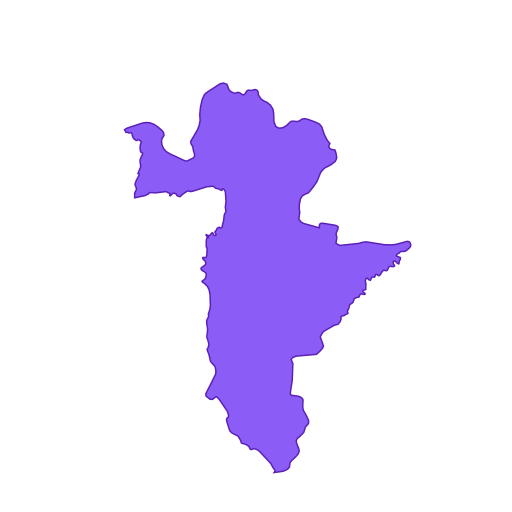 the border of Arbil, rotated 319°
{"feature_id": "IRQ-3050", "entity_name": "Arbil", "entity_type": "Province", "adm_level": 1, "iso_a3": "IRQ", "parent_name": "Iraq", "parent_adm1": "", "projection": "orthographic", "projection_center": [44.221, 36.37], "detail": "fine", "context": "isolated", "style": "filled", "palette": "violet", "viewbox_px": 512, "rotation_deg": 319, "n_neighbors": 0, "source": "natural_earth", "source_scale": "10m", "svg_char_len": 6119}
<svg xmlns="http://www.w3.org/2000/svg" viewBox="0 0 512 512"><g transform="rotate(319 256 256)"><path d="M239.7,74.4L242.6,74.9L257.4,81.1L260.8,83.3L263.3,85.9L265.2,89.2L266.5,93.7L267.2,97.9L267.4,100.3L267.2,102.2L265.9,104.4L264.4,105.1L262.7,105.5L260.7,106.6L258.1,110.0L256.8,113.9L256.7,118.0L257.9,122.0L264.1,136.0L265.1,138.0L266.4,139.1L272.8,140.8L274.7,140.6L276.2,139.2L277.6,136.0L280.0,131.9L280.6,128.8L281.8,126.7L294.8,122.3L298.9,120.1L302.7,117.1L306.4,112.3L311.9,107.1L317.9,102.7L322.8,100.4L325.6,100.2L341.7,102.4L344.8,104.0L346.7,107.3L344.7,112.8L344.7,114.7L345.9,118.1L346.9,119.4L349.1,120.3L350.2,121.1L350.8,122.3L351.6,125.3L352.3,126.2L353.8,126.5L356.8,125.5L358.3,125.5L359.4,126.1L361.1,128.0L364.5,129.7L365.5,131.4L365.3,133.5L363.6,135.7L362.8,140.8L363.7,144.2L365.1,147.3L365.9,151.7L365.1,156.3L363.0,159.8L357.6,166.5L355.9,171.3L357.2,174.6L360.2,176.7L364.3,177.6L369.1,177.3L371.3,177.6L373.2,179.3L374.7,181.0L376.3,182.1L378.1,182.7L380.1,182.7L382.7,184.1L385.0,187.2L388.8,194.1L390.5,198.3L390.3,201.9L387.3,208.9L385.7,215.5L385.6,219.5L382.6,221.1L382.3,224.2L384.5,227.1L385.1,227.6L384.5,229.4L383.6,231.3L381.6,234.5L379.9,235.8L377.6,236.6L372.3,236.3L365.7,234.7L362.5,234.8L359.1,235.6L351.1,239.7L344.3,241.5L337.2,242.7L332.8,241.4L330.2,241.0L327.0,242.1L322.3,245.7L319.3,249.2L317.6,251.8L312.5,256.3L312.4,260.4L313.3,262.7L322.3,276.3L323.8,274.6L324.8,273.8L326.4,273.9L328.0,275.2L335.8,284.6L336.7,286.1L337.2,287.7L335.7,289.3L332.1,291.0L330.9,291.9L329.3,294.8L328.1,296.0L324.7,298.8L325.4,301.2L326.2,303.0L341.9,314.0L345.5,315.6L347.3,316.8L348.8,318.0L360.3,331.7L365.3,336.3L369.2,339.0L379.8,344.2L380.8,345.5L381.0,346.0L381.0,347.0L380.1,349.1L379.1,350.0L378.0,350.4L376.4,350.6L372.8,350.5L371.3,350.1L368.2,347.6L367.5,347.5L365.8,347.7L363.8,347.2L362.5,347.5L362.1,347.7L362.0,348.2L363.9,351.8L363.0,353.1L360.6,353.9L359.1,355.4L358.6,355.6L358.3,355.3L357.9,354.3L357.7,351.4L357.5,350.9L356.4,350.3L355.9,350.3L354.8,351.6L354.6,352.2L354.3,354.1L353.8,354.5L353.1,354.4L351.8,353.4L350.6,351.8L349.9,351.5L348.9,351.5L345.8,352.9L345.0,352.8L344.1,352.0L343.3,350.7L342.5,350.5L341.3,350.5L337.6,351.6L335.9,351.6L335.3,350.8L335.2,349.4L334.5,348.6L333.8,348.6L332.1,349.6L331.5,349.7L330.5,348.5L329.3,348.1L326.4,349.4L325.5,347.8L325.5,345.9L325.0,345.2L324.5,345.1L322.1,346.5L320.5,349.5L319.2,350.6L316.9,353.3L316.3,353.2L314.6,352.1L314.0,352.3L313.4,352.7L313.3,353.3L313.7,355.3L313.5,356.2L312.9,356.3L312.3,355.9L310.6,353.7L309.5,353.3L308.6,353.6L307.2,354.4L306.5,354.5L305.6,353.7L302.2,352.6L298.9,354.6L297.5,354.6L295.5,354.3L294.4,354.4L292.0,356.2L289.1,357.5L288.6,357.9L287.8,359.6L287.3,359.6L286.1,359.2L283.6,358.8L280.8,357.5L280.2,357.6L279.4,358.8L278.5,359.6L276.3,360.8L273.5,361.3L272.6,361.1L269.6,359.6L257.6,357.3L255.0,357.8L251.4,359.2L249.1,365.3L247.8,368.2L246.3,369.1L243.0,369.7L237.1,369.9L220.7,358.0L217.1,356.7L214.7,357.1L213.2,361.4L201.8,373.6L192.2,381.7L191.3,383.3L191.4,384.6L192.4,385.5L195.8,389.4L196.8,391.1L197.4,392.9L197.3,395.0L195.9,396.8L193.9,398.7L191.5,401.6L190.4,403.9L189.5,408.6L187.9,414.4L186.3,416.4L184.6,417.1L181.3,417.4L176.2,420.5L171.0,420.9L167.4,420.8L165.3,421.7L163.8,423.8L161.9,429.4L160.5,431.7L158.0,433.0L155.0,433.5L148.3,433.8L145.8,434.5L142.7,437.3L141.1,437.6L139.4,437.5L136.2,436.6L134.7,435.9L127.6,431.3L129.3,430.8L129.7,430.2L130.0,426.8L130.9,423.0L131.0,421.3L130.5,406.3L130.0,403.3L128.8,401.0L127.8,400.0L127.0,399.5L125.5,399.1L125.1,398.5L124.9,397.8L125.7,395.0L125.1,392.6L124.3,390.8L122.5,388.1L122.3,387.4L123.3,385.4L124.3,380.2L121.8,374.1L121.5,371.3L122.2,369.1L125.6,361.3L126.4,360.1L127.3,359.5L129.7,359.3L130.8,358.2L132.5,354.3L134.1,341.0L134.1,337.4L133.5,336.0L129.0,335.6L127.3,333.9L126.4,329.0L127.7,327.1L148.0,318.7L149.7,317.2L151.9,313.9L152.4,312.9L152.6,311.9L152.4,306.9L152.8,305.2L156.1,299.0L156.9,296.4L157.7,294.7L158.3,294.1L159.6,293.9L162.6,291.7L164.4,288.0L165.3,285.7L166.1,284.5L171.0,280.0L172.4,278.1L174.3,275.0L175.5,273.3L176.7,272.2L180.3,270.7L182.5,268.1L183.7,267.5L186.6,265.7L189.1,263.4L195.6,255.5L198.3,251.0L199.4,247.2L199.1,242.6L198.4,240.8L198.5,240.1L198.9,239.6L202.3,239.9L203.4,239.5L206.1,237.7L206.7,236.8L206.9,235.8L206.8,234.2L205.9,232.0L205.8,230.2L206.2,229.4L206.9,229.0L211.7,229.4L213.1,228.9L213.8,227.9L214.2,226.7L214.0,224.3L214.2,222.9L214.6,222.4L215.1,222.3L216.1,223.3L216.5,223.9L217.3,224.2L218.2,223.9L220.4,222.2L221.5,220.8L223.0,219.5L224.1,217.9L224.7,216.2L228.6,211.7L229.9,210.7L230.8,210.2L231.6,210.8L232.4,210.7L232.6,210.2L232.0,209.3L231.8,208.6L231.9,207.6L232.2,207.3L232.5,207.3L233.2,209.1L234.3,209.9L235.1,210.1L237.3,209.6L238.4,209.8L238.5,210.3L237.8,212.4L238.0,213.1L238.4,213.7L239.5,214.0L239.9,213.8L240.5,211.3L240.9,210.8L241.4,210.6L242.6,210.6L244.9,209.6L246.6,209.9L247.2,210.3L247.4,210.7L247.4,211.2L247.6,211.8L248.2,212.0L249.8,211.8L251.7,210.0L254.4,208.4L258.6,204.5L259.8,203.7L262.4,202.8L264.9,199.0L269.2,195.1L274.8,187.7L275.5,186.0L275.5,184.3L274.9,183.4L274.5,183.4L273.4,184.1L273.0,183.9L271.6,180.3L270.0,178.6L269.7,176.1L269.4,175.3L268.6,174.5L267.3,173.7L264.7,171.7L250.1,165.3L249.0,164.5L248.3,163.7L247.8,162.7L246.5,161.9L240.5,161.2L238.0,161.5L237.4,161.2L236.1,159.1L236.0,158.6L236.3,157.3L236.3,156.4L235.3,154.9L234.7,154.3L234.0,154.1L230.9,154.4L230.6,154.0L230.6,153.6L232.0,152.9L232.1,152.4L231.0,150.2L230.8,149.3L230.0,148.1L221.8,142.6L217.6,138.6L216.8,138.4L215.9,138.6L212.3,137.8L202.6,132.5L205.6,129.0L207.7,128.0L209.0,127.7L209.7,127.0L210.3,126.0L211.5,122.8L212.4,122.0L215.1,120.5L220.9,118.2L221.6,117.7L221.6,117.3L221.0,116.3L227.0,113.3L227.9,112.5L230.8,108.2L231.6,107.4L234.8,105.7L236.8,104.9L237.6,104.3L238.0,103.7L237.3,102.4L237.4,101.7L237.8,100.6L239.7,98.1L240.9,96.9L242.5,95.6L244.2,94.8L244.3,93.6L243.9,91.4L243.4,91.0L241.9,90.7L241.2,89.8L240.8,87.6L240.9,86.1L241.3,84.8L242.7,82.0L242.7,81.4L242.5,80.9L240.8,79.8L240.4,78.6L239.5,78.1L239.0,77.2L239.7,74.4Z" fill="#8b5cf6" stroke="#5b21b6" stroke-width="1.5"/></g></svg>